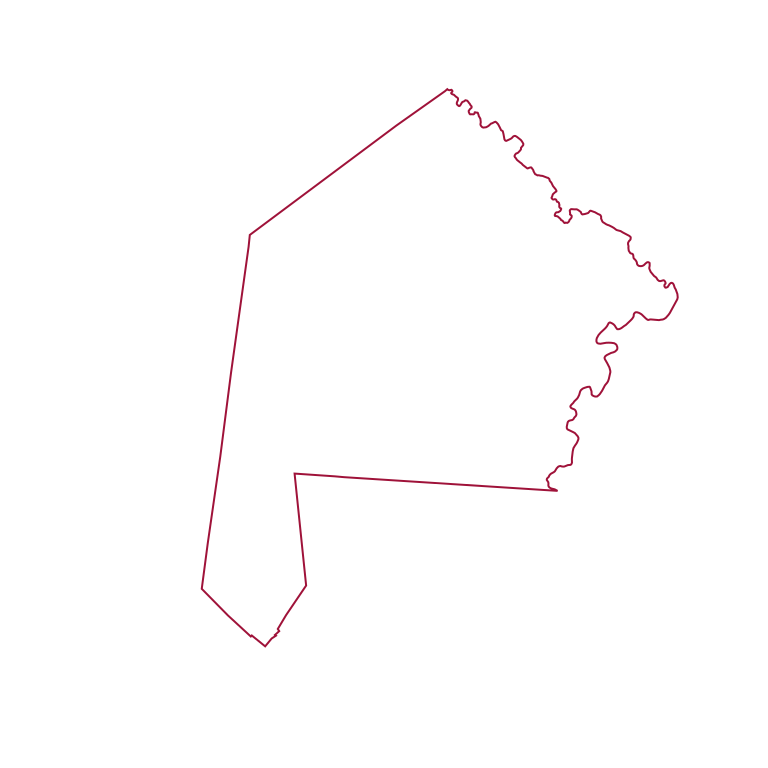 Doctor Coss, Nuevo León, Mexico (Albers equal-area conic projection), rotated 133°
{"feature_id": "50627088B25752272792370", "entity_name": "Doctor Coss", "entity_type": "district", "adm_level": 2, "iso_a3": "MEX", "parent_name": "Mexico", "parent_adm1": "Nuevo León", "projection": "albers", "projection_center": [-99.12, 25.971], "detail": "fine", "context": "isolated", "style": "outline", "palette": "rose", "viewbox_px": 768, "rotation_deg": 133, "n_neighbors": 0, "source": "geoboundaries", "source_scale": "gbopen_adm2", "svg_char_len": 6154}
<svg xmlns="http://www.w3.org/2000/svg" viewBox="0 0 768 768"><g transform="rotate(133 384 384)"><path d="M120.5,483.3L124.1,483.6L126.3,484.3L126.8,484.6L128.8,486.3L129.2,487.6L129.0,489.4L128.7,490.0L128.3,490.6L126.5,491.8L124.3,494.4L123.3,497.6L122.8,498.2L121.7,500.4L121.8,500.7L122.7,501.8L123.2,502.8L123.6,502.9L124.1,502.5L124.6,502.3L125.3,502.3L125.8,502.5L126.7,503.6L128.0,504.9L128.0,505.8L127.2,507.6L126.5,508.3L124.4,508.6L122.4,508.4L121.6,508.8L121.2,509.4L121.1,510.8L120.6,512.3L120.4,514.1L120.1,515.1L120.1,516.5L120.5,517.2L121.0,518.0L122.6,518.2L124.3,519.0L125.3,518.9L128.1,518.3L129.0,518.3L129.5,518.6L129.7,519.1L129.8,520.6L129.6,521.6L129.3,522.0L128.8,522.4L128.2,522.8L126.3,523.4L125.4,523.9L124.8,524.5L124.5,525.2L124.8,527.4L124.8,530.1L125.5,531.7L125.6,532.2L125.6,532.9L125.5,533.2L125.1,533.4L123.7,533.4L123.2,533.6L122.9,534.1L122.8,535.0L122.9,535.4L124.3,536.3L124.7,536.8L125.2,537.8L125.2,538.8L128.2,539.1L186.5,551.2L366.5,583.8L376.0,576.6L480.3,503.4L548.8,454.2L620.5,404.4L658.1,377.6L659.7,340.3L659.5,309.2L658.1,309.2L656.9,292.0L646.7,292.6L641.8,291.4L641.9,292.6L636.2,292.1L635.6,294.6L619.8,298.0L584.5,303.5L510.5,388.3L485.0,356.9L479.4,349.7L343.8,184.2L344.6,187.3L346.0,189.8L346.5,190.9L346.8,192.2L346.8,192.7L346.7,193.6L346.2,194.5L344.4,196.1L343.8,196.9L343.1,199.6L342.2,200.2L341.7,200.3L339.4,200.2L338.3,200.7L336.6,200.8L335.7,200.7L332.7,199.7L331.3,199.5L328.0,200.2L325.7,200.2L324.7,199.8L323.7,199.1L322.9,197.5L322.0,196.4L321.3,195.8L317.9,194.2L316.0,192.5L315.3,192.3L314.5,192.4L313.3,192.9L310.8,195.4L309.8,196.2L304.6,200.0L301.7,201.7L298.9,202.3L296.0,202.7L294.3,203.2L292.2,204.0L291.6,204.3L290.7,205.2L290.1,206.7L289.7,211.0L290.2,212.9L292.0,218.7L292.0,219.1L291.6,220.2L290.6,221.2L286.8,223.5L286.0,223.7L284.9,223.6L284.0,223.2L282.0,221.8L281.3,221.6L280.5,221.5L278.8,221.9L276.5,221.9L275.4,222.3L274.8,222.7L273.7,224.1L273.1,225.1L272.8,226.0L272.7,226.7L272.8,227.6L273.6,229.6L273.9,230.9L273.6,232.0L273.3,232.4L272.6,232.7L271.3,232.8L268.7,232.7L267.0,233.0L262.9,232.8L261.6,233.0L258.9,233.8L255.8,235.4L254.3,235.8L252.3,235.6L251.5,235.4L250.0,234.7L247.5,233.3L245.9,231.9L245.8,231.4L246.0,230.8L247.8,227.3L250.0,225.0L250.2,223.8L249.9,222.8L249.6,221.8L249.0,220.8L248.2,220.0L247.7,219.6L245.4,219.3L244.1,219.3L240.2,219.9L234.3,221.5L230.9,221.7L229.3,222.0L227.0,223.0L221.0,226.5L220.1,227.4L218.2,230.4L216.5,235.1L215.2,239.4L214.6,240.4L214.1,240.8L212.7,241.1L210.9,240.8L206.4,239.1L204.3,237.8L202.5,237.1L200.1,237.0L199.2,237.3L197.9,238.5L196.9,240.5L196.8,241.8L197.2,243.5L198.8,245.8L200.4,247.7L202.3,249.6L207.0,253.2L208.1,254.7L208.5,255.6L208.5,256.4L208.1,257.5L206.9,258.7L205.4,259.6L203.5,260.1L201.8,260.5L198.5,260.6L192.8,260.2L191.1,260.2L189.3,260.4L186.3,261.2L185.3,261.0L184.8,260.6L184.6,260.1L184.0,258.2L183.8,256.6L183.9,255.0L184.4,253.3L184.8,251.3L184.8,250.8L184.1,250.0L183.4,249.4L182.3,248.9L181.1,248.5L177.7,247.9L175.9,247.4L169.2,247.0L167.0,247.0L165.1,247.3L164.1,247.7L162.7,248.8L161.8,249.1L160.6,249.1L159.7,248.7L159.0,247.9L158.1,246.1L157.6,244.2L157.4,243.0L157.5,237.2L157.3,235.1L157.0,234.6L156.6,234.1L155.7,233.7L154.8,232.9L149.7,226.4L148.6,225.7L146.7,224.1L145.4,223.5L143.4,223.0L139.4,223.1L137.1,223.4L122.0,227.3L120.3,228.3L118.1,230.8L115.9,235.1L115.3,237.1L113.9,239.6L113.4,241.1L113.6,242.2L113.8,242.6L114.5,243.1L115.9,243.3L119.7,242.7L121.3,243.5L121.6,243.9L121.4,245.3L121.0,245.9L119.9,246.6L118.6,246.6L118.1,246.9L117.4,248.2L117.2,249.5L117.4,250.1L117.7,250.5L120.1,251.9L120.6,252.4L121.1,253.3L121.2,254.9L120.5,257.5L120.8,260.3L120.1,265.5L119.0,268.0L118.3,269.1L116.4,270.3L114.6,272.0L114.3,272.5L114.5,273.3L114.8,274.0L115.6,274.6L117.4,274.9L119.8,275.0L120.8,275.3L121.8,275.8L122.8,276.7L123.6,277.8L123.9,278.5L124.0,279.6L123.6,280.9L122.6,282.1L122.1,283.4L121.8,285.0L121.8,286.9L121.5,287.6L119.8,289.6L119.4,290.5L119.5,291.3L120.2,292.7L120.3,293.2L119.6,295.9L117.7,298.2L117.1,298.6L116.3,299.4L115.2,301.0L114.6,301.5L114.0,301.9L113.1,302.1L112.1,302.3L110.9,302.2L110.0,302.4L108.9,303.2L108.5,303.6L108.3,304.1L108.4,305.7L110.3,312.7L110.8,315.2L112.5,318.4L112.8,319.1L113.1,322.3L113.5,324.2L114.5,327.6L115.2,329.1L115.7,330.7L116.0,332.7L116.3,333.9L116.3,334.5L116.2,335.2L114.9,338.1L113.6,339.2L113.0,340.5L113.0,341.5L113.7,343.4L114.5,346.8L116.3,351.0L116.9,351.4L119.2,351.3L119.9,351.4L122.8,353.1L124.7,354.6L124.8,355.0L124.7,355.9L124.0,357.4L124.3,360.3L124.6,361.6L124.9,362.3L126.2,363.6L128.2,366.1L128.7,366.5L129.7,366.6L130.3,366.5L130.6,366.3L132.2,364.3L133.1,363.6L133.1,362.9L132.9,362.2L133.0,361.5L133.8,360.7L134.5,360.4L135.4,360.2L137.5,360.2L138.2,359.8L139.8,359.5L141.1,359.8L142.2,361.3L142.9,361.5L143.1,361.8L143.2,362.5L142.9,363.9L142.9,365.1L143.3,366.3L142.9,367.7L143.0,371.2L143.4,372.1L144.4,373.4L144.3,374.0L143.9,374.4L142.5,375.0L141.6,375.1L140.9,375.0L139.5,373.7L137.3,373.1L136.3,373.3L135.1,373.8L134.9,374.3L135.2,375.5L135.0,376.5L134.3,377.3L133.5,377.7L132.2,379.7L132.2,380.8L132.7,381.9L131.9,383.6L131.9,384.4L132.3,385.1L133.2,385.6L133.8,386.2L133.9,387.0L133.8,388.1L133.4,388.6L132.4,388.8L131.0,389.5L130.0,389.9L127.4,389.7L125.6,389.3L125.0,389.8L124.5,391.5L124.0,395.3L122.6,399.0L122.3,401.4L121.3,403.0L121.4,404.7L121.8,405.3L123.7,410.0L124.9,411.6L125.8,413.2L126.8,414.1L127.0,415.3L127.4,416.3L127.4,416.7L126.5,419.6L126.0,420.3L125.7,421.0L125.2,423.7L125.3,424.2L125.9,424.7L126.9,425.3L128.1,425.8L128.3,425.9L128.6,426.4L129.1,431.9L128.9,433.8L129.1,435.2L129.4,439.2L129.3,440.2L128.9,441.6L128.8,443.0L128.3,444.0L127.4,444.4L126.1,444.6L125.1,444.5L124.1,443.9L123.2,443.7L120.2,443.7L119.0,443.9L117.8,444.9L114.4,445.1L113.4,445.8L113.2,446.2L112.5,448.5L112.2,450.4L112.6,455.4L113.0,457.1L113.3,457.5L114.0,458.0L114.9,458.3L117.3,458.3L118.9,458.8L122.6,460.3L122.9,460.5L123.2,461.2L123.2,461.8L122.9,462.8L119.7,467.1L118.2,469.4L118.1,469.9L118.5,471.4L118.4,471.7L117.3,474.5L116.2,477.7L116.1,478.9L116.0,480.1L116.2,481.3L117.0,481.8L119.7,482.8L120.5,483.3Z" fill="none" stroke="#9f1239" stroke-width="2"/></g></svg>